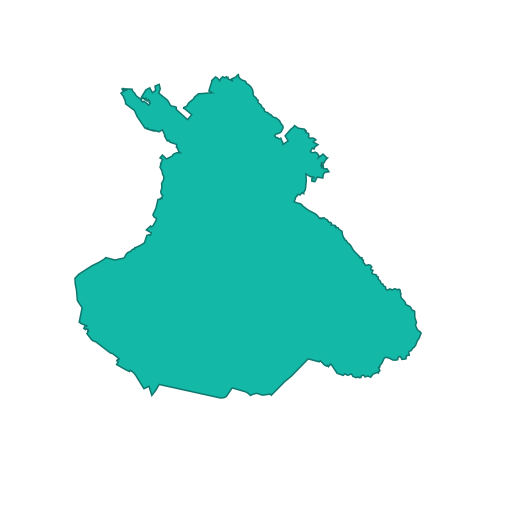 Tuchin, Córdoba, Colombia, rotated 289°
{"feature_id": "7082276B64022238164064", "entity_name": "Tuchin", "entity_type": "district", "adm_level": 2, "iso_a3": "COL", "parent_name": "Colombia", "parent_adm1": "Córdoba", "projection": "albers", "projection_center": [-75.529, 9.219], "detail": "fine", "context": "isolated", "style": "filled", "palette": "teal", "viewbox_px": 512, "rotation_deg": 289, "n_neighbors": 0, "source": "geoboundaries", "source_scale": "gbopen_adm2", "svg_char_len": 6119}
<svg xmlns="http://www.w3.org/2000/svg" viewBox="0 0 512 512"><g transform="rotate(289 256 256)"><path d="M195.3,409.9L201.3,410.5L202.5,411.8L202.8,415.0L202.2,419.4L203.0,422.0L204.1,423.7L206.5,423.3L207.5,424.2L207.7,425.6L205.7,427.6L207.5,431.2L208.2,431.4L209.1,430.6L209.9,430.7L211.6,431.8L212.0,433.2L214.9,431.7L215.7,431.9L217.2,433.6L219.6,434.1L221.6,435.4L223.7,436.0L228.0,436.1L231.5,437.0L236.9,437.2L237.7,436.0L238.6,433.0L242.0,429.6L243.0,429.3L245.4,429.4L249.7,426.1L255.3,424.1L255.7,423.3L255.6,421.2L257.7,419.1L258.4,417.9L258.8,413.7L261.2,411.7L263.9,406.7L265.5,405.7L267.6,405.3L269.1,403.9L270.2,403.7L271.0,402.8L271.1,401.8L270.1,400.8L270.3,397.9L268.0,395.5L268.6,394.2L268.4,393.1L266.4,391.3L267.2,389.3L268.9,388.6L269.2,386.6L270.7,385.2L270.7,383.3L272.6,381.9L274.1,378.9L275.9,378.4L276.0,376.7L277.1,376.2L277.4,375.1L277.0,373.8L277.2,371.7L278.0,371.0L280.5,371.3L280.6,368.9L281.5,368.5L283.3,369.1L284.5,367.4L284.4,365.3L282.9,363.0L283.2,362.1L284.4,360.7L284.6,359.5L286.4,359.2L287.3,358.3L287.1,357.4L288.9,356.8L288.7,355.2L288.0,355.0L288.1,354.5L289.3,353.7L292.9,346.5L296.8,342.0L297.8,340.2L297.9,339.0L300.0,336.3L300.3,334.4L301.4,334.0L301.4,333.3L304.5,330.7L307.4,329.3L308.1,326.1L309.5,324.3L309.1,323.1L309.8,322.1L309.0,322.3L308.8,322.0L310.6,320.5L309.8,316.9L311.1,316.9L311.8,316.4L312.1,315.6L311.6,314.0L313.4,311.6L313.4,310.0L314.3,308.1L313.6,306.3L312.5,306.1L313.0,304.6L312.2,304.0L314.3,300.6L315.2,298.3L316.4,290.3L318.5,283.9L319.3,282.9L319.9,280.9L319.5,277.0L319.7,274.3L322.2,274.6L324.4,274.3L325.6,275.1L327.9,275.5L328.0,277.8L330.8,278.9L330.4,280.9L331.9,280.4L334.1,281.0L336.1,280.8L344.1,278.9L349.8,276.4L348.6,282.5L349.3,282.9L349.2,285.3L346.9,283.6L345.0,284.4L345.3,287.4L350.5,288.2L351.5,293.8L355.3,293.0L358.3,294.5L358.3,295.6L359.4,297.5L361.6,294.6L360.5,292.3L360.7,291.5L364.2,289.6L363.7,288.8L362.3,289.6L362.1,289.2L361.2,289.3L362.5,288.0L365.6,287.7L365.7,289.8L369.4,290.5L372.0,291.7L371.9,291.0L374.2,286.2L369.1,282.9L371.2,283.0L373.2,280.0L373.5,278.1L372.7,277.4L372.0,275.3L372.5,273.4L376.5,274.2L376.0,276.0L378.7,276.3L381.4,278.4L382.4,273.2L383.5,273.3L385.3,274.8L386.0,272.8L386.0,271.2L384.8,268.2L385.9,266.7L386.8,266.9L389.0,265.8L388.9,262.9L390.6,262.8L390.4,261.3L391.4,261.3L391.7,260.5L390.6,254.2L391.9,250.0L389.9,249.4L387.1,247.6L379.1,244.4L375.3,248.9L370.3,245.3L372.6,243.9L372.6,243.5L375.5,241.1L374.2,239.5L374.9,237.8L374.4,237.4L374.5,236.9L375.7,234.4L377.6,235.1L380.2,238.4L381.7,239.4L386.1,239.9L388.0,238.8L389.1,236.8L391.6,234.2L393.1,230.2L392.9,227.0L394.4,224.2L394.8,221.5L395.5,220.5L395.2,218.6L395.7,217.0L396.2,216.4L397.5,216.1L398.8,213.1L400.5,211.4L401.4,208.5L402.3,207.6L403.9,207.4L404.4,205.8L405.7,204.4L406.5,201.9L408.1,200.4L409.3,200.3L412.2,198.5L414.0,196.5L415.5,193.6L416.0,191.0L417.3,189.8L417.9,188.6L417.8,185.6L418.7,182.7L419.9,181.3L421.8,180.3L420.7,179.3L419.3,179.0L417.8,177.9L415.9,175.6L415.0,175.1L413.9,177.2L414.0,174.8L414.4,174.6L414.1,172.4L415.9,171.2L415.1,170.4L415.8,169.5L414.3,168.3L414.7,166.2L412.5,165.0L409.9,164.6L411.3,162.4L412.2,159.5L407.5,157.0L407.0,157.4L396.7,157.7L396.1,161.5L390.6,148.7L385.8,145.9L384.5,146.0L378.7,142.4L375.2,141.8L372.8,139.3L372.0,139.5L372.1,140.4L368.7,149.2L362.6,146.9L368.6,132.9L370.7,132.2L370.7,129.5L370.2,128.0L370.6,126.1L374.4,121.8L378.3,111.1L383.0,111.0L386.8,108.5L383.7,105.2L380.0,107.2L376.6,104.9L380.4,100.8L377.2,97.8L369.5,96.1L367.9,96.1L368.8,96.8L368.1,97.8L368.8,98.3L367.7,99.7L370.1,100.8L367.7,100.8L367.1,102.4L367.7,102.7L367.5,103.2L368.8,103.4L367.6,105.2L366.6,104.9L366.0,106.2L363.5,105.2L364.6,103.7L365.7,99.6L364.6,98.6L366.3,96.2L367.2,96.5L367.2,94.2L368.6,90.3L370.5,88.2L371.6,85.8L373.4,84.5L371.4,77.8L371.1,78.2L371.4,79.2L370.8,79.7L369.6,77.7L371.2,75.7L370.2,74.9L369.2,76.1L369.6,76.3L368.8,77.3L366.0,75.3L363.7,78.7L360.1,81.8L357.4,83.3L354.0,93.7L349.2,98.2L340.9,109.2L340.7,111.5L341.5,111.5L341.6,112.4L340.7,112.6L340.7,114.2L340.9,118.3L341.1,119.1L341.5,118.1L341.9,121.0L341.7,123.7L344.8,126.5L340.1,130.8L339.7,130.5L336.2,134.3L336.0,135.2L336.8,135.5L335.6,137.7L335.7,144.7L332.8,145.4L332.9,146.0L329.8,148.9L328.9,150.8L328.2,148.1L326.3,145.6L324.8,144.5L323.4,144.4L318.6,139.8L321.0,134.6L317.5,133.3L316.8,136.3L311.9,135.7L311.5,136.5L308.9,136.2L305.5,139.6L302.8,141.1L300.8,143.2L297.6,143.8L293.9,143.1L290.0,144.8L285.6,145.0L283.9,146.2L282.7,148.5L282.7,147.7L280.1,148.2L280.4,147.7L279.1,146.8L278.6,147.2L277.6,144.9L268.6,145.8L261.3,145.1L259.7,146.9L259.1,149.8L256.0,149.8L251.0,148.7L249.5,147.7L250.1,146.6L244.9,143.8L243.8,149.5L241.5,149.5L241.5,148.1L239.9,146.1L232.2,146.2L229.0,143.8L225.0,139.7L224.5,138.7L222.9,138.8L223.0,138.2L222.0,137.1L219.5,135.8L217.5,133.6L214.8,132.5L211.9,132.2L210.7,131.4L209.4,128.8L206.3,124.1L205.6,114.5L203.2,113.2L199.0,109.7L193.3,104.0L181.1,94.4L175.9,92.1L170.9,94.1L165.0,97.5L155.7,101.6L150.5,108.4L135.9,110.4L136.0,111.6L135.4,111.7L135.1,113.2L134.9,118.9L134.4,118.8L134.7,117.2L131.5,116.7L130.9,118.8L132.2,119.1L131.6,121.5L130.2,121.2L130.0,122.1L127.6,121.3L123.6,127.3L122.8,129.1L122.7,132.5L117.4,148.3L116.9,150.1L117.0,152.3L114.3,160.1L113.1,159.9L113.0,158.8L111.6,158.5L111.0,160.1L108.0,159.5L106.0,170.1L105.6,174.1L107.0,174.4L106.0,177.9L104.2,180.9L94.0,193.3L98.0,197.2L90.2,202.9L96.9,205.1L103.0,206.2L110.2,268.8L111.7,272.0L113.6,273.7L123.5,276.4L124.2,290.8L123.5,293.7L122.3,296.2L124.3,298.1L126.1,300.9L126.5,302.3L126.5,307.4L130.1,314.5L129.3,315.8L146.5,324.0L154.0,328.6L175.7,338.8L176.5,350.2L177.9,350.9L175.2,356.2L174.9,359.0L176.0,359.4L175.0,360.6L177.9,361.5L178.1,362.0L177.6,362.0L177.4,363.3L171.5,370.9L171.5,377.3L173.6,378.4L173.0,381.5L175.4,384.4L175.3,385.1L173.7,386.8L173.6,390.4L175.0,391.9L174.5,393.2L175.1,394.7L176.9,394.6L178.3,396.3L178.3,396.9L177.1,398.5L178.9,400.7L178.7,403.9L182.4,405.1L185.2,408.4L185.2,409.8L186.5,409.5L187.4,410.4L188.2,410.3L190.5,408.1L191.2,409.2L192.8,408.8L195.3,409.9Z" fill="#14b8a6" stroke="#0f766e" stroke-width="1.5"/></g></svg>